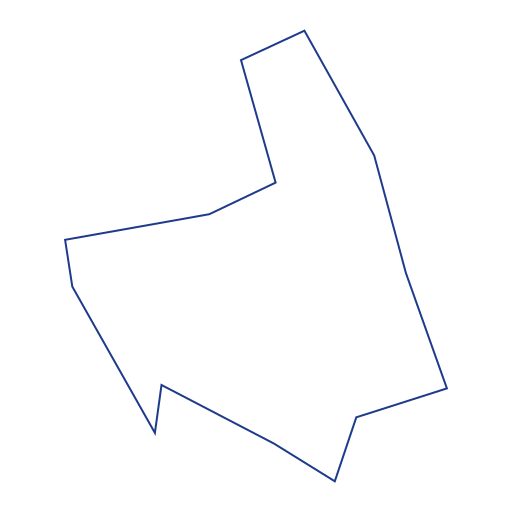 an SVG outline of Kwai Tsing
{"feature_id": "HKG-5164", "entity_name": "Kwai Tsing", "entity_type": "state/province", "adm_level": 1, "iso_a3": "HKG", "parent_name": "Hong Kong S.A.R.", "parent_adm1": "", "projection": "robinson", "projection_center": [114.137, 22.356], "detail": "fine", "context": "isolated", "style": "outline", "palette": "blue", "viewbox_px": 512, "rotation_deg": 0, "n_neighbors": 0, "source": "natural_earth", "source_scale": "10m", "svg_char_len": 303}
<svg xmlns="http://www.w3.org/2000/svg" viewBox="0 0 512 512"><path d="M334.8,481.3L274.0,443.6L161.5,385.0L154.9,432.9L72.3,286.6L65.1,239.8L209.3,214.2L275.6,182.6L241.0,60.1L304.4,30.7L374.2,155.5L405.9,273.0L446.9,388.4L356.3,417.3L334.8,481.3Z" fill="none" stroke="#1e3a8a" stroke-width="2"/></svg>